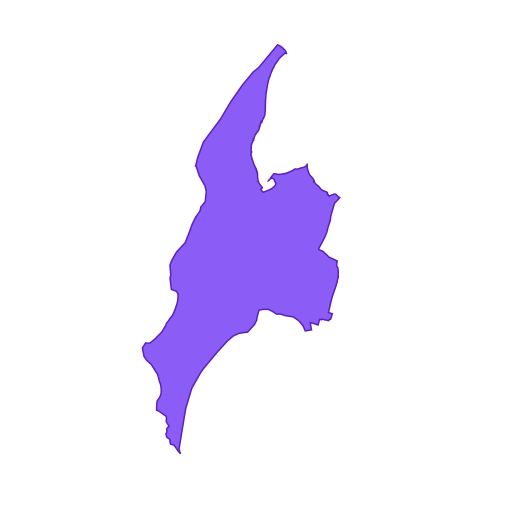 the district of Kotawaringin Barat, Kalimantan Tengah, Indonesia, rotated 194°
{"feature_id": "22746128B93777795819955", "entity_name": "Kotawaringin Barat", "entity_type": "district", "adm_level": 2, "iso_a3": "IDN", "parent_name": "Indonesia", "parent_adm1": "Kalimantan Tengah", "projection": "orthographic", "projection_center": [111.727, -2.548], "detail": "fine", "context": "isolated", "style": "filled", "palette": "violet", "viewbox_px": 512, "rotation_deg": 194, "n_neighbors": 0, "source": "geoboundaries", "source_scale": "gbopen_adm2", "svg_char_len": 5797}
<svg xmlns="http://www.w3.org/2000/svg" viewBox="0 0 512 512"><g transform="rotate(194 256 256)"><path d="M286.1,466.2L298.9,439.6L303.1,434.0L310.4,419.0L318.0,399.0L323.5,380.5L334.6,353.9L336.4,337.5L336.4,328.7L335.9,328.8L330.4,320.0L322.4,311.7L319.9,306.7L318.4,296.4L321.4,290.1L321.2,286.1L323.9,279.3L325.6,271.5L326.4,263.2L327.9,251.9L334.1,240.6L336.6,231.6L337.3,226.3L334.1,217.0L334.1,213.7L330.0,203.1L325.0,202.5L322.7,200.8L321.6,197.0L321.2,193.5L321.1,190.1L321.5,186.1L321.9,182.4L322.3,180.0L322.6,178.9L323.0,177.4L324.5,174.3L325.1,172.3L326.6,169.0L326.8,166.7L329.1,159.3L334.3,150.5L338.0,145.7L341.5,144.9L342.0,145.1L344.0,139.3L340.4,131.5L337.0,128.4L331.5,125.5L322.8,117.3L319.1,110.5L317.9,108.9L316.9,106.9L315.9,104.3L315.1,101.1L314.8,98.3L315.3,95.6L316.8,91.4L316.5,88.5L315.8,85.0L315.1,82.2L313.4,82.2L304.6,78.8L303.7,77.4L303.1,73.7L299.3,69.7L300.6,67.4L300.8,66.0L299.9,64.5L300.3,61.4L299.9,60.5L298.7,58.6L295.3,57.2L294.5,54.9L293.4,52.8L289.8,52.6L283.7,47.4L281.4,45.8L284.0,50.1L286.7,83.4L287.3,91.3L286.3,112.1L281.8,128.4L280.2,133.0L270.4,153.3L263.3,166.4L258.9,172.7L253.9,176.8L245.7,180.2L240.9,189.1L240.3,191.9L239.8,193.5L240.2,197.3L240.0,204.2L235.7,206.1L230.9,207.2L226.9,206.3L222.0,204.6L217.9,205.6L213.3,205.2L205.0,205.9L198.4,203.3L193.3,199.4L190.1,195.2L184.3,197.8L187.3,204.5L185.2,204.4L183.7,204.5L183.3,204.4L179.1,204.1L179.0,209.9L176.9,210.0L176.6,210.7L170.0,210.8L169.5,211.7L169.5,212.2L168.6,212.4L168.2,213.1L168.0,218.5L172.0,218.6L172.2,230.1L172.2,234.3L171.2,246.0L171.0,250.9L171.2,253.9L171.0,254.7L171.6,257.4L172.3,260.2L173.1,262.9L173.5,263.8L174.3,265.0L175.4,265.8L176.0,270.1L175.9,270.8L184.9,272.6L192.0,276.7L196.3,277.4L196.9,278.3L193.9,290.4L193.1,295.7L193.0,300.0L193.1,301.0L192.5,307.9L193.1,313.3L192.6,326.1L188.8,332.8L189.6,333.1L191.3,333.9L193.2,335.1L193.7,335.3L194.2,335.3L195.7,334.6L197.6,333.3L199.1,332.2L199.4,331.8L199.6,331.9L200.5,332.2L200.7,332.7L200.8,332.8L201.2,332.8L201.1,333.2L201.5,333.3L201.9,333.7L202.0,334.1L201.9,334.5L202.2,334.9L203.4,335.3L206.4,335.6L208.6,336.3L209.4,336.7L212.0,338.7L215.1,340.1L216.4,341.0L216.9,341.6L217.1,341.6L217.1,341.9L217.4,342.0L217.5,342.0L217.4,342.1L217.5,342.4L217.6,342.6L217.8,342.6L217.7,343.0L217.9,343.1L218.0,343.5L218.4,343.7L219.7,345.2L223.0,347.3L223.6,347.8L224.1,348.3L225.6,350.5L226.9,352.6L227.8,354.5L228.3,356.6L228.4,357.2L228.5,357.3L229.1,355.8L229.6,355.0L230.1,354.4L230.9,353.8L232.4,352.9L233.7,352.3L234.7,351.7L235.3,351.2L236.5,350.5L238.0,350.0L238.6,350.1L238.9,349.9L239.3,349.8L240.7,348.4L240.8,348.2L241.0,348.1L241.2,347.8L241.4,347.5L242.3,347.0L242.6,346.7L243.2,346.2L244.1,345.4L244.7,345.2L245.3,344.5L246.0,344.1L245.9,344.1L246.1,344.0L246.3,343.8L247.2,343.3L248.1,342.8L249.3,342.5L251.2,341.5L252.9,340.9L254.4,340.5L257.5,340.4L258.7,340.0L258.9,339.7L259.0,339.0L259.7,337.9L259.8,337.4L260.4,336.3L260.3,336.1L260.1,336.6L261.5,333.1L262.2,332.4L262.2,332.1L261.5,332.9L261.3,333.5L260.3,335.2L260.0,335.3L259.7,335.1L259.3,335.3L258.9,335.4L258.3,335.3L257.5,335.0L256.6,334.3L255.9,333.1L255.1,332.2L254.8,331.7L254.5,331.2L254.2,330.6L254.2,329.8L255.3,327.5L256.7,325.7L257.6,324.7L258.8,323.7L259.1,323.5L259.5,323.1L260.3,322.5L261.1,322.0L261.5,321.6L263.5,320.2L264.6,319.7L267.5,321.6L266.6,323.2L266.4,323.6L266.5,324.0L269.5,326.3L271.3,328.1L271.7,328.9L271.8,328.9L271.7,329.0L271.8,329.1L272.3,329.7L273.5,332.8L274.4,336.0L274.6,336.4L274.7,336.7L275.1,337.7L275.3,337.7L275.3,337.9L275.5,338.0L275.4,338.1L275.6,338.3L275.6,338.5L276.2,339.0L276.2,339.3L276.6,339.8L276.6,340.2L276.8,340.2L276.8,340.4L276.9,340.5L277.1,340.6L277.3,341.0L277.7,341.3L277.8,341.6L278.5,342.3L278.8,342.8L279.5,343.6L280.7,345.2L283.2,349.2L285.1,352.6L285.4,353.8L285.3,354.0L285.5,353.8L285.6,354.3L285.6,354.5L285.7,354.8L285.5,355.1L285.7,355.3L285.4,355.7L285.4,356.0L285.5,356.0L285.7,356.4L286.0,356.6L286.0,356.8L286.0,357.0L286.3,357.3L286.9,359.0L286.7,359.2L286.8,359.4L286.7,359.5L287.1,360.5L287.0,361.0L287.2,361.5L287.3,361.9L287.2,362.2L287.3,362.6L287.2,363.0L287.4,363.2L287.3,363.6L287.5,363.6L287.3,363.6L287.2,363.7L287.2,364.9L286.9,365.3L287.0,365.8L286.8,366.6L287.0,366.9L286.8,367.0L286.6,367.4L286.3,367.5L286.3,367.9L286.5,368.3L286.4,369.2L286.6,369.2L286.5,369.3L286.5,370.3L286.4,370.9L286.2,372.2L286.2,373.1L285.8,374.0L285.7,374.1L285.8,374.4L285.6,374.5L285.1,375.8L284.2,377.6L284.1,378.2L284.2,378.5L284.3,378.4L284.3,378.5L284.1,378.6L284.0,378.9L283.7,379.8L283.8,380.7L283.7,381.5L283.9,381.9L283.7,382.0L283.6,382.4L283.8,382.4L283.8,382.6L283.7,382.7L283.7,383.0L283.7,383.3L283.9,383.3L283.8,383.5L284.0,383.8L283.6,384.1L283.7,384.8L283.6,385.3L283.4,386.0L283.4,386.3L283.6,386.5L283.3,386.2L283.2,386.3L283.7,386.7L283.5,386.9L283.5,387.1L283.3,386.8L283.1,386.7L282.8,386.8L283.2,386.7L282.9,386.7L283.3,386.5L283.0,386.5L282.8,386.7L282.5,389.8L282.1,391.6L282.2,391.8L281.8,392.7L281.8,393.3L281.7,393.3L281.6,395.9L282.0,397.7L282.0,398.4L282.2,399.4L282.7,401.5L283.1,402.5L282.9,402.0L283.0,403.2L283.7,405.7L283.8,406.8L284.3,408.7L284.4,408.8L284.3,409.0L284.8,411.5L285.0,413.2L285.3,414.2L285.6,417.1L285.9,420.6L286.0,420.8L286.1,421.0L286.0,421.7L286.3,425.4L286.3,432.3L286.0,433.3L285.7,437.4L285.4,439.3L285.5,439.5L285.3,439.7L285.4,439.8L285.3,440.0L284.8,442.2L284.4,443.6L284.4,444.1L284.0,445.7L283.8,446.2L283.8,446.7L283.1,448.3L283.2,448.6L282.6,449.7L282.2,450.5L281.3,453.1L279.8,455.6L279.1,456.5L278.5,457.4L278.1,458.2L276.7,460.2L276.7,460.5L276.4,460.2L276.2,460.1L275.8,460.1L275.8,459.7L275.5,459.7L275.4,459.9L276.1,461.0L277.4,462.4L278.1,463.0L278.6,463.2L280.7,464.5L281.4,464.8L281.8,464.9L282.2,465.2L283.8,465.7L286.1,466.2Z" fill="#8b5cf6" stroke="#5b21b6" stroke-width="1.5"/></g></svg>